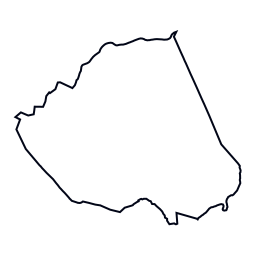 outline of Cuyamecalco Villa de Zaragoza, Oaxaca, Mexico
{"feature_id": "50627088B17451896307206", "entity_name": "Cuyamecalco Villa de Zaragoza", "entity_type": "district", "adm_level": 2, "iso_a3": "MEX", "parent_name": "Mexico", "parent_adm1": "Oaxaca", "projection": "orthographic", "projection_center": [-96.852, 17.969], "detail": "fine", "context": "isolated", "style": "outline", "palette": "ink", "viewbox_px": 256, "rotation_deg": 0, "n_neighbors": 0, "source": "geoboundaries", "source_scale": "gbopen_adm2", "svg_char_len": 2997}
<svg xmlns="http://www.w3.org/2000/svg" viewBox="0 0 256 256"><path d="M120.0,212.1L124.7,207.7L131.7,205.6L132.8,205.2L133.6,204.2L137.2,201.9L138.6,201.3L138.3,200.4L140.5,199.1L141.4,198.9L142.3,199.4L143.7,198.8L146.4,198.8L149.2,200.8L150.7,201.2L152.1,204.0L154.6,204.1L156.6,206.2L160.1,209.2L162.2,211.5L163.5,214.1L164.7,215.4L165.0,217.6L167.1,218.8L167.1,220.7L169.4,224.2L174.2,223.4L175.5,224.2L176.3,224.2L177.3,223.7L176.5,212.9L196.8,218.7L197.7,219.4L198.5,217.9L200.4,216.7L201.6,215.6L203.0,214.8L204.2,213.7L205.8,212.7L207.2,211.1L208.1,210.0L209.0,208.9L209.1,208.7L211.2,207.3L212.8,207.1L214.2,206.5L215.8,206.1L216.8,205.5L217.9,205.1L220.0,204.4L221.3,204.1L223.0,204.5L223.6,206.0L223.3,207.4L222.9,208.3L222.7,209.4L223.1,210.2L224.2,210.6L226.3,210.2L226.8,209.1L227.0,208.0L227.5,207.0L227.1,205.3L226.9,203.9L226.4,202.2L226.4,201.0L226.9,199.2L227.7,198.0L228.0,197.2L229.5,196.2L231.2,195.2L232.5,195.3L233.6,194.5L234.1,193.9L234.7,193.2L235.6,192.2L237.1,190.5L238.2,188.0L239.0,186.1L240.3,183.2L240.1,181.3L239.8,180.1L239.9,179.2L240.2,178.2L240.1,177.4L240.1,175.6L240.0,174.4L239.8,173.3L240.4,172.3L240.6,170.5L240.4,169.7L239.6,167.6L239.8,165.9L238.0,163.4L221.3,144.4L218.6,138.0L209.4,116.0L204.3,104.4L202.7,100.9L202.1,99.6L201.2,97.6L200.1,95.1L199.9,94.7L198.2,90.8L196.6,87.2L193.3,79.9L192.2,77.5L190.3,73.4L190.1,72.9L185.8,63.1L184.8,61.1L183.2,57.3L182.9,56.7L180.7,51.9L176.1,41.5L173.9,36.7L175.1,34.2L175.8,32.9L176.3,31.8L174.0,32.7L171.9,34.5L171.3,35.7L170.7,37.2L169.9,38.2L168.7,38.9L167.2,39.5L164.1,39.7L161.9,39.4L158.4,39.2L156.6,39.1L154.4,39.3L152.7,39.6L150.9,39.8L149.8,40.1L149.4,40.1L147.2,40.3L146.1,40.0L145.3,39.9L143.8,39.0L143.3,38.9L142.5,38.6L140.7,38.4L140.3,38.5L138.9,38.8L138.1,39.1L136.7,39.6L135.4,40.1L134.1,40.6L133.1,41.1L130.7,42.0L129.8,42.4L128.8,42.7L125.9,43.9L123.1,44.6L121.6,44.6L119.5,44.8L117.5,45.3L116.1,45.3L114.9,44.7L113.4,43.7L112.5,43.0L110.6,42.7L108.4,43.0L106.4,43.6L105.2,44.2L104.0,45.1L103.0,46.0L102.0,47.0L101.1,48.2L100.3,49.5L99.8,51.0L99.3,52.1L97.6,53.3L96.2,54.3L95.2,55.0L93.1,56.9L92.4,57.8L91.4,59.0L90.3,60.6L89.2,62.0L87.3,63.2L85.1,64.0L83.2,64.7L82.5,65.1L82.0,65.7L81.4,66.9L81.2,68.6L81.0,69.9L80.8,71.1L80.1,72.2L79.4,74.0L79.0,75.6L78.3,77.8L77.7,79.2L76.5,80.2L76.0,82.3L74.9,85.2L72.4,88.1L71.8,87.8L69.3,86.6L66.9,85.5L60.1,82.3L57.8,82.5L55.4,89.2L50.0,93.1L49.2,92.4L46.3,96.1L46.2,96.6L45.6,100.2L45.4,101.4L43.1,106.8L35.5,106.7L34.7,106.7L34.3,110.2L33.7,114.3L28.2,115.5L25.8,114.5L20.9,112.4L15.4,117.1L20.1,119.5L16.4,129.4L25.8,149.0L38.7,164.3L39.8,165.6L40.5,166.1L42.1,168.1L44.2,170.3L45.2,171.4L45.4,171.6L46.5,172.8L53.1,179.2L56.1,183.1L57.8,185.1L58.4,185.9L59.7,187.7L60.9,188.9L62.8,191.0L64.6,192.8L66.4,194.8L69.2,198.0L69.6,198.7L70.2,199.1L71.8,200.8L77.0,202.5L77.7,202.8L78.8,202.9L79.9,203.0L81.5,202.5L82.9,201.5L88.9,202.9L95.3,204.6L100.5,205.4L100.8,205.6L110.2,209.7L120.0,212.1Z" fill="none" stroke="#020617" stroke-width="2"/></svg>